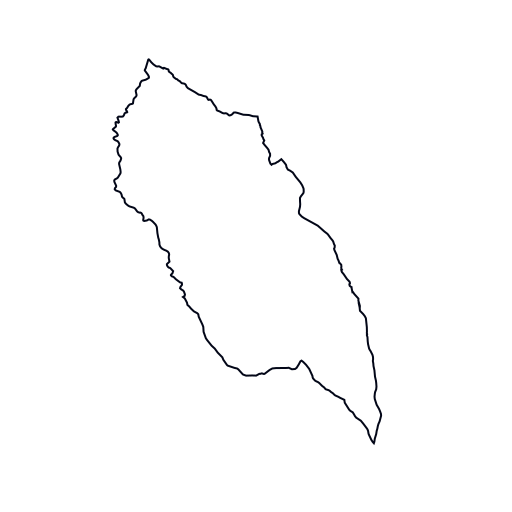 Durania, Norte de Santander, Colombia, rotated 318°
{"feature_id": "7082276B9527918417262", "entity_name": "Durania", "entity_type": "district", "adm_level": 2, "iso_a3": "COL", "parent_name": "Colombia", "parent_adm1": "Norte de Santander", "projection": "equal_earth", "projection_center": [-72.667, 7.738], "detail": "fine", "context": "isolated", "style": "outline", "palette": "ink", "viewbox_px": 512, "rotation_deg": 318, "n_neighbors": 0, "source": "geoboundaries", "source_scale": "gbopen_adm2", "svg_char_len": 6033}
<svg xmlns="http://www.w3.org/2000/svg" viewBox="0 0 512 512"><g transform="rotate(318 256 256)"><path d="M218.3,474.0L219.7,473.2L222.1,471.2L226.1,468.8L228.7,466.7L230.5,465.6L232.9,463.8L234.7,462.7L237.2,461.6L242.1,458.4L243.2,457.0L244.2,454.6L245.1,452.0L246.1,447.3L248.6,441.7L250.0,439.8L252.2,437.8L253.5,436.8L256.1,435.5L258.1,433.7L260.3,430.9L261.7,428.9L263.7,425.3L267.5,420.2L269.7,416.4L271.3,414.3L272.6,412.2L274.0,411.0L275.4,409.3L276.4,407.4L277.5,403.4L277.7,402.0L278.1,400.5L280.3,396.5L281.9,394.2L284.6,390.8L285.3,389.2L285.7,388.7L286.3,388.5L286.8,387.4L287.7,386.6L290.7,383.1L296.0,375.8L296.6,373.5L296.8,370.8L296.6,366.3L298.7,363.4L299.5,362.0L299.5,362.9L299.8,362.6L302.2,357.7L303.6,356.2L303.6,350.1L303.9,347.8L303.4,347.5L305.7,343.6L306.2,343.1L306.0,342.6L305.7,341.2L305.7,340.8L306.2,339.9L306.5,339.4L307.4,339.3L308.0,338.5L308.3,337.7L308.2,333.9L309.0,328.1L309.1,325.5L309.4,324.6L310.5,322.6L310.4,323.5L310.7,323.6L310.8,323.0L311.4,321.8L312.3,321.1L313.5,319.5L313.5,317.1L313.3,317.0L313.4,316.6L314.3,314.6L314.8,312.7L316.7,309.2L318.2,304.2L318.9,302.8L320.0,302.4L321.5,301.0L322.0,299.2L323.1,296.8L323.3,295.4L323.4,292.5L323.9,288.0L323.8,286.8L323.2,283.6L322.2,274.8L317.1,260.1L316.4,257.3L316.3,253.9L316.6,252.9L317.9,251.4L321.6,248.9L323.5,247.1L325.4,244.7L327.5,242.3L329.2,241.7L333.2,241.0L334.3,240.3L335.8,238.6L336.5,237.6L337.6,234.4L338.2,230.9L338.5,223.7L339.2,218.6L338.4,215.3L337.5,213.1L338.1,210.4L338.9,209.1L339.3,208.3L339.4,207.5L339.6,204.6L339.6,201.0L335.5,200.7L334.8,200.4L332.3,200.0L329.7,198.6L328.6,198.6L328.5,197.0L329.8,193.7L330.5,192.6L331.4,191.9L333.5,191.0L334.9,189.4L335.3,187.6L336.4,185.4L336.6,183.3L336.7,179.0L336.9,176.8L339.5,175.6L339.7,174.2L340.3,172.9L340.9,170.2L341.6,169.4L342.8,169.5L343.3,168.3L344.0,167.7L345.5,163.3L346.2,162.4L346.5,161.2L347.0,160.8L347.3,160.1L347.5,158.7L348.0,157.4L350.5,153.4L347.2,150.0L345.5,147.1L344.8,146.2L341.1,142.5L338.0,137.3L336.8,135.6L335.7,134.7L335.3,134.5L333.9,134.7L332.6,134.7L331.4,134.4L330.3,133.8L330.0,133.2L329.8,131.2L329.6,130.6L329.1,129.7L327.6,128.6L326.8,127.4L325.7,124.2L324.5,121.9L324.5,121.1L325.4,119.8L325.9,117.7L326.1,115.0L326.6,112.2L326.9,110.1L326.8,109.5L326.3,108.8L325.3,108.4L325.1,108.0L325.1,107.4L325.7,105.1L325.6,104.2L325.3,103.6L324.0,101.9L322.9,99.7L321.4,97.7L320.3,93.5L317.7,85.7L317.7,83.8L318.4,81.6L318.3,80.7L318.0,79.9L316.5,77.9L316.3,76.3L316.4,75.3L315.7,73.4L315.7,72.0L315.0,70.8L314.5,68.1L314.6,67.3L315.4,65.8L315.4,64.9L315.2,64.0L315.2,62.9L314.7,61.1L314.8,60.3L315.5,59.3L315.6,58.5L314.7,57.1L313.6,54.7L313.2,54.4L312.6,54.7L312.3,54.3L311.3,51.2L310.8,50.1L309.3,49.0L308.7,48.1L308.0,45.0L307.8,42.0L308.0,38.5L307.7,38.0L307.3,38.0L299.6,42.7L298.1,43.2L297.5,43.7L297.0,48.8L296.7,50.2L296.2,51.4L295.6,51.9L294.2,51.7L292.0,51.2L288.8,49.6L288.1,49.4L286.3,49.8L285.1,50.4L283.5,51.8L278.9,52.1L277.5,52.5L276.8,53.2L275.0,56.4L274.4,56.9L273.5,57.2L271.0,57.3L269.9,57.6L266.6,60.3L265.8,60.1L264.1,59.1L263.2,58.9L261.5,59.0L259.3,59.7L258.0,59.7L257.6,59.8L257.2,60.4L256.9,62.1L256.6,62.9L256.0,62.9L255.0,62.2L253.7,62.1L252.3,62.9L250.7,63.3L249.6,62.8L247.3,60.6L246.9,60.4L245.6,60.5L244.2,63.9L243.6,64.9L242.9,64.9L241.8,62.9L241.2,62.7L240.9,62.8L239.8,64.3L239.2,65.4L238.5,66.1L234.6,66.0L234.3,66.1L234.2,66.6L234.2,67.4L234.6,69.0L234.9,71.1L234.5,73.2L234.1,73.8L233.9,73.9L233.0,73.9L230.4,72.8L229.2,72.9L228.8,73.3L228.6,74.2L228.9,75.7L230.0,78.1L229.9,79.7L229.4,81.4L228.8,82.0L227.7,82.5L226.1,82.9L224.9,83.5L223.0,85.8L221.8,88.4L221.6,89.1L221.6,91.8L221.3,93.0L220.8,93.5L219.0,94.5L217.0,95.0L216.3,95.5L215.7,96.2L213.1,100.9L211.9,102.6L211.2,103.4L210.5,103.9L205.7,105.3L204.3,105.2L202.6,104.7L201.3,104.9L200.5,105.9L200.2,106.6L199.1,110.2L198.3,111.0L196.6,111.2L195.7,111.8L195.6,112.5L195.7,113.5L197.5,116.9L197.7,117.5L197.7,118.1L197.6,119.1L197.1,120.6L196.1,122.3L196.1,123.7L196.4,125.2L196.3,125.6L194.4,128.5L194.3,129.8L194.4,131.2L194.8,133.5L195.3,134.7L197.4,138.2L197.8,139.3L197.8,140.5L197.5,143.2L197.7,144.5L198.5,145.9L199.1,146.3L199.5,147.2L199.5,148.0L199.1,149.4L199.0,150.8L198.8,151.3L198.0,152.4L196.2,153.8L196.0,154.4L196.4,155.2L198.7,156.6L200.7,157.0L201.5,157.9L202.1,160.0L202.3,161.6L202.4,165.5L202.0,167.1L201.6,168.2L198.0,173.1L195.6,177.0L195.0,178.4L193.4,181.1L191.9,182.9L191.2,184.6L191.0,186.3L191.2,188.0L192.0,190.2L192.8,191.8L193.4,193.7L193.3,195.0L193.1,195.7L192.6,196.6L192.1,197.1L191.2,197.7L189.9,199.0L187.9,202.3L184.4,202.4L183.9,202.9L183.5,203.7L183.3,205.5L183.4,206.2L184.0,207.1L184.2,208.0L184.3,211.8L182.4,212.9L181.9,213.0L180.5,213.0L180.0,213.2L179.8,213.5L179.9,214.9L180.6,216.1L180.8,217.0L180.9,219.7L181.8,224.2L182.0,225.0L182.9,226.1L182.4,227.1L181.7,227.9L179.2,228.4L178.0,229.1L178.1,230.8L178.7,232.7L178.7,233.9L178.6,234.3L177.5,237.0L176.3,237.9L174.3,237.6L174.7,239.8L173.5,244.5L172.4,246.3L172.3,246.6L172.6,248.7L172.5,251.7L172.8,255.6L174.1,259.3L174.1,260.7L172.8,262.8L170.3,271.1L169.4,273.4L166.3,277.3L163.7,283.6L163.4,286.0L163.0,293.0L163.4,297.2L162.9,302.2L163.2,308.8L162.3,311.2L161.5,317.5L161.6,318.5L165.1,324.7L166.7,327.0L167.0,328.4L167.0,335.2L167.3,335.9L168.6,338.3L173.3,342.3L176.1,345.0L179.6,345.8L180.6,346.6L181.5,346.9L182.0,347.4L182.6,348.5L183.0,349.0L183.5,349.3L189.8,349.8L192.9,350.5L195.9,352.7L204.3,360.1L205.5,360.9L206.9,364.2L209.4,366.1L211.3,366.3L215.2,365.2L218.5,364.0L219.8,364.2L220.2,366.3L220.4,370.3L220.0,375.5L217.7,382.9L217.0,383.9L216.5,385.1L216.5,388.1L217.0,389.7L217.6,390.9L218.0,392.6L218.2,396.8L218.7,399.3L218.6,401.3L218.7,401.8L220.2,404.3L220.6,405.6L220.7,407.1L221.3,409.4L221.4,411.7L221.6,412.7L223.0,415.8L223.6,417.7L225.4,422.0L223.8,424.4L222.4,432.6L222.5,434.3L223.3,436.9L222.8,439.6L222.4,441.2L222.3,443.2L223.7,448.6L223.5,452.7L223.0,458.4L222.8,459.5L222.3,460.9L220.7,463.4L220.3,464.5L218.7,469.8L218.3,472.4L218.3,474.0Z" fill="none" stroke="#020617" stroke-width="2"/></g></svg>